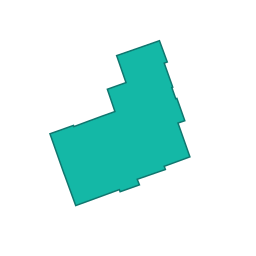 outline of Laprida, Buenos Aires, Argentina, rotated 25°
{"feature_id": "61730980B44273379495612", "entity_name": "Laprida", "entity_type": "district", "adm_level": 2, "iso_a3": "ARG", "parent_name": "Argentina", "parent_adm1": "Buenos Aires", "projection": "mercator", "projection_center": [-60.782, -37.495], "detail": "fine", "context": "isolated", "style": "filled", "palette": "teal", "viewbox_px": 256, "rotation_deg": 25, "n_neighbors": 0, "source": "geoboundaries", "source_scale": "gbopen_adm2", "svg_char_len": 542}
<svg xmlns="http://www.w3.org/2000/svg" viewBox="0 0 256 256"><g transform="rotate(25 128 128)"><path d="M114.4,219.4L146.2,187.5L147.8,189.1L162.4,174.7L158.0,170.6L179.4,149.8L177.0,147.4L196.3,128.0L171.2,102.4L176.4,97.4L159.8,80.5L158.9,81.3L150.6,72.8L151.3,72.1L133.4,53.9L135.7,51.6L119.6,35.6L89.0,65.4L87.1,67.2L88.9,69.0L107.0,87.7L100.6,94.0L92.9,101.6L109.2,118.6L99.1,128.6L89.0,138.8L78.4,149.6L77.5,148.7L59.7,166.2L89.0,196.1L91.1,198.1L113.4,220.4L114.4,219.4Z" fill="#14b8a6" stroke="#0f766e" stroke-width="1.5"/></g></svg>